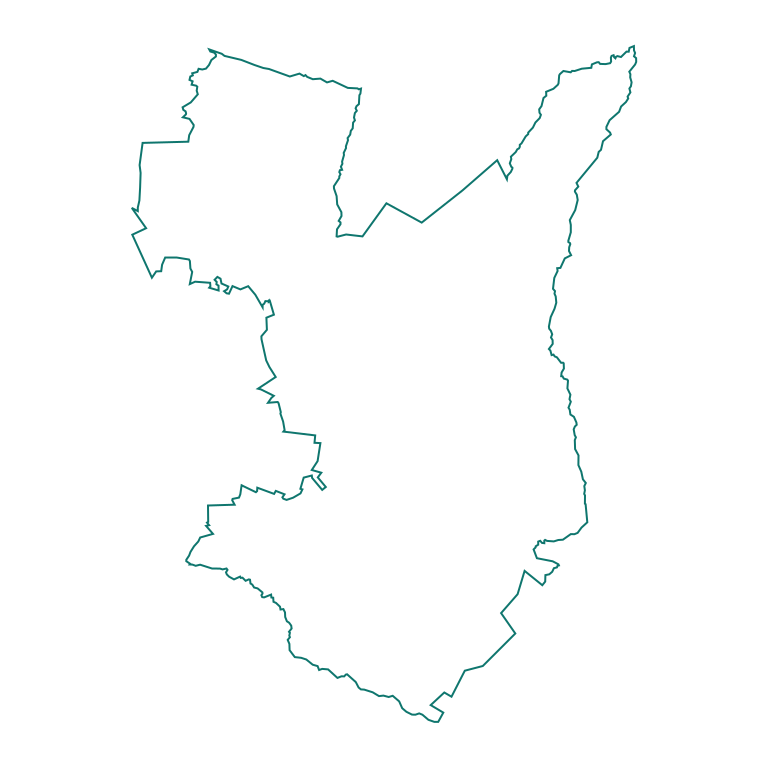 the district of Goromonzi, Mashonaland East, Zimbabwe
{"feature_id": "62879985B13905566839040", "entity_name": "Goromonzi", "entity_type": "district", "adm_level": 2, "iso_a3": "ZWE", "parent_name": "Zimbabwe", "parent_adm1": "Mashonaland East", "projection": "albers", "projection_center": [31.401, -17.8], "detail": "fine", "context": "isolated", "style": "outline", "palette": "teal", "viewbox_px": 768, "rotation_deg": 0, "n_neighbors": 0, "source": "geoboundaries", "source_scale": "gbopen_adm2", "svg_char_len": 6036}
<svg xmlns="http://www.w3.org/2000/svg" viewBox="0 0 768 768"><path d="M209.2,49.4L210.3,51.5L214.1,52.6L215.9,54.5L215.9,56.5L211.4,60.0L209.0,65.0L206.0,68.6L202.3,69.5L198.6,68.8L197.4,71.9L192.2,73.3L192.8,75.4L190.3,76.5L189.5,79.9L192.6,81.3L191.6,84.7L196.2,85.7L197.3,86.7L196.7,90.7L197.8,94.3L190.8,102.4L182.6,107.3L183.3,109.8L185.6,111.4L186.1,113.4L185.9,114.4L182.9,117.3L189.5,118.9L193.7,125.0L193.5,126.9L189.2,135.2L188.3,141.7L142.6,142.9L139.6,165.1L140.6,172.9L140.1,187.7L139.4,200.5L137.8,207.6L137.8,211.1L131.8,207.9L146.1,228.2L132.3,234.7L151.9,277.7L156.2,271.4L161.2,271.2L162.1,264.7L165.2,257.5L176.5,257.5L189.0,259.5L189.9,261.1L190.4,268.5L192.2,271.9L189.8,284.1L195.1,281.7L210.1,282.8L210.4,286.2L209.2,287.7L218.6,290.5L218.5,285.6L216.4,284.3L216.7,281.9L214.6,279.8L217.4,276.9L220.5,278.7L221.5,283.5L228.3,286.5L227.1,289.4L224.1,291.2L226.6,293.3L229.0,293.7L232.5,286.1L240.4,289.4L248.2,286.2L255.3,294.7L262.6,307.3L262.6,304.8L264.2,303.7L265.4,301.1L267.8,301.3L268.8,300.5L268.8,301.8L269.9,301.0L273.9,314.7L266.4,317.7L266.9,329.8L261.4,336.3L261.5,339.2L266.2,360.4L269.4,367.0L275.7,377.0L258.0,388.7L260.9,389.4L273.8,395.8L271.3,398.0L268.0,402.8L277.7,402.0L278.6,403.3L280.8,412.2L280.4,413.6L283.1,421.5L284.6,430.1L283.4,431.6L315.2,435.4L314.5,442.8L320.4,443.1L317.6,461.1L311.8,470.0L321.3,472.7L317.8,477.4L325.8,487.0L322.2,489.9L312.1,477.9L311.8,475.5L303.7,477.6L300.4,488.8L302.4,489.4L300.5,493.4L293.1,497.7L286.6,499.9L283.3,498.7L282.4,497.3L284.5,494.3L275.8,490.9L274.1,493.9L257.3,487.7L257.1,491.1L255.9,492.2L241.6,485.3L240.3,494.3L239.0,497.6L232.6,498.9L232.2,500.2L234.6,504.7L208.0,505.5L208.2,521.9L207.0,522.6L209.1,525.2L206.1,525.9L213.0,533.9L200.2,537.5L198.3,541.5L194.0,546.3L190.5,551.9L189.1,555.6L186.3,559.8L186.3,561.2L190.2,563.8L189.7,564.5L192.4,564.6L195.7,565.8L200.1,564.7L212.0,568.5L220.0,568.6L222.6,569.4L226.5,568.5L227.5,569.9L226.0,572.3L226.8,574.4L229.1,576.7L234.0,579.4L240.1,576.6L240.7,577.9L242.5,577.7L245.6,580.8L248.8,579.4L250.0,579.7L250.5,583.5L252.3,584.6L254.1,587.5L257.6,588.4L262.4,592.4L262.5,593.6L261.4,595.2L262.2,597.1L264.1,597.4L271.1,594.6L271.4,597.5L273.2,597.7L273.5,601.8L276.0,602.9L280.0,606.7L280.5,609.5L283.4,609.1L285.0,612.4L285.2,617.0L286.9,621.3L289.1,622.7L291.2,625.6L291.6,628.5L289.0,631.8L289.9,632.8L289.3,635.6L289.9,637.2L287.7,639.9L289.4,643.9L289.6,650.2L294.8,657.1L301.1,657.8L306.3,659.5L312.7,664.7L317.6,666.1L319.1,670.0L322.2,668.9L328.1,669.4L337.4,677.9L341.5,676.3L344.2,676.4L345.8,674.6L347.1,674.3L355.8,682.1L358.6,687.5L360.9,689.4L364.2,689.6L372.7,692.3L379.0,696.1L383.4,695.6L388.7,697.0L392.7,695.8L399.2,701.4L402.2,708.2L406.4,711.8L412.0,714.6L415.4,714.7L419.2,713.4L422.4,714.7L428.4,719.8L434.4,721.9L438.2,721.9L443.3,712.6L430.7,705.1L444.3,692.5L451.5,696.7L464.8,670.7L482.8,666.0L515.3,633.5L501.1,613.1L517.6,594.2L524.6,570.9L542.3,585.2L545.2,581.6L545.4,575.1L549.3,574.3L552.2,571.8L553.9,568.2L556.9,567.4L557.6,565.7L558.9,565.4L558.4,564.3L552.7,561.3L536.9,558.2L533.6,549.4L535.6,547.4L535.7,546.3L538.2,544.7L538.2,541.6L540.2,540.8L542.0,542.9L544.3,543.2L544.3,540.6L545.1,539.9L547.0,540.9L553.8,541.4L558.3,540.0L562.9,539.7L570.8,534.1L574.4,534.2L577.6,532.9L581.5,527.6L587.3,522.3L585.6,504.2L584.9,503.7L585.0,495.4L584.2,493.9L584.9,490.3L584.3,486.1L585.8,483.0L582.9,479.3L581.3,471.7L578.4,465.1L578.5,455.4L575.1,449.1L574.8,440.1L575.9,437.3L574.7,435.1L573.7,429.3L574.9,426.5L576.7,424.8L576.4,422.5L573.9,416.8L570.4,414.5L569.7,409.7L568.5,407.7L570.8,401.7L569.5,399.2L570.4,394.7L567.4,388.4L568.0,380.7L567.3,379.6L563.8,378.6L562.5,376.3L561.2,376.2L561.6,372.5L563.9,368.6L563.7,363.3L563.0,362.7L561.1,362.8L556.9,357.3L554.7,356.4L553.5,354.6L551.6,355.1L550.4,350.6L548.9,349.0L552.7,343.9L552.6,340.1L551.0,337.5L552.2,334.3L550.9,330.8L549.2,328.7L548.9,326.6L550.7,317.1L554.5,308.8L556.3,302.7L555.7,296.4L554.5,293.7L555.0,291.1L553.0,288.8L554.3,277.9L557.6,271.0L557.2,268.2L560.4,267.9L564.8,258.4L571.1,255.2L569.0,251.0L569.2,247.2L570.3,244.1L570.0,243.1L568.4,242.1L568.3,240.9L570.8,232.3L570.8,224.9L569.8,220.1L575.2,210.1L577.7,200.0L576.8,194.7L574.9,191.6L575.0,190.3L578.3,186.6L576.5,182.9L597.3,157.7L598.7,151.9L601.0,149.8L603.0,141.2L610.8,134.5L610.1,132.6L606.4,129.2L606.4,126.9L609.6,120.2L619.1,111.8L621.1,106.5L625.9,102.1L628.2,98.5L627.6,96.6L630.4,92.4L629.4,88.5L630.9,86.3L631.6,82.3L630.2,77.4L630.4,74.2L629.3,71.7L635.1,64.5L636.2,61.9L636.1,58.1L634.0,56.3L635.1,53.0L634.0,50.4L633.9,46.1L629.5,47.9L628.7,51.7L626.5,51.6L621.0,57.0L617.4,56.1L616.0,56.8L615.4,58.3L614.2,57.3L613.6,55.2L611.6,55.9L610.9,57.6L611.1,61.6L610.1,63.2L605.6,64.1L600.1,63.9L598.7,62.2L597.0,62.3L591.9,64.4L591.3,67.8L581.8,68.7L574.7,71.0L572.1,70.9L570.7,72.3L563.4,71.0L559.9,74.1L559.2,75.3L558.5,83.4L557.8,84.8L553.4,88.8L546.1,91.8L546.3,95.7L543.5,98.0L541.5,106.1L539.2,109.3L539.5,112.7L540.9,114.8L539.7,118.1L535.4,122.5L532.9,127.6L528.2,132.6L528.2,134.1L525.7,136.4L521.5,143.4L519.8,144.8L519.8,146.8L519.0,148.4L517.3,149.3L515.7,152.1L510.9,156.7L511.3,159.1L509.8,163.3L511.3,166.8L512.4,167.6L512.4,168.7L510.8,172.0L507.4,175.7L506.9,179.3L497.2,160.2L462.5,190.4L421.7,222.6L386.4,203.3L362.5,236.4L346.1,234.5L337.6,236.7L336.6,236.4L337.0,229.3L340.5,224.2L340.5,222.4L338.7,220.9L341.5,216.0L341.4,212.2L337.2,204.4L336.6,196.1L334.0,188.5L333.9,186.2L339.3,178.0L339.3,176.4L340.5,174.2L339.3,172.1L339.9,170.2L342.1,169.8L340.9,166.7L342.4,163.8L342.1,161.6L344.0,155.0L343.7,152.9L346.0,148.1L345.9,146.3L348.0,140.2L347.6,138.1L350.2,134.6L350.8,130.9L352.7,128.4L353.1,122.6L354.9,120.4L354.0,117.5L354.9,113.0L356.8,110.8L355.6,108.3L356.5,106.2L358.9,104.1L359.4,95.2L360.4,93.6L361.0,88.6L358.8,89.3L357.5,88.4L347.8,87.9L332.7,80.8L327.0,82.4L320.4,78.6L312.8,79.2L307.2,76.9L305.5,75.1L303.8,76.1L299.5,73.6L289.8,76.5L269.0,69.0L263.3,68.0L254.5,65.0L241.3,59.9L224.5,55.9L221.8,53.8L209.2,49.4Z" fill="none" stroke="#0f766e" stroke-width="2"/></svg>